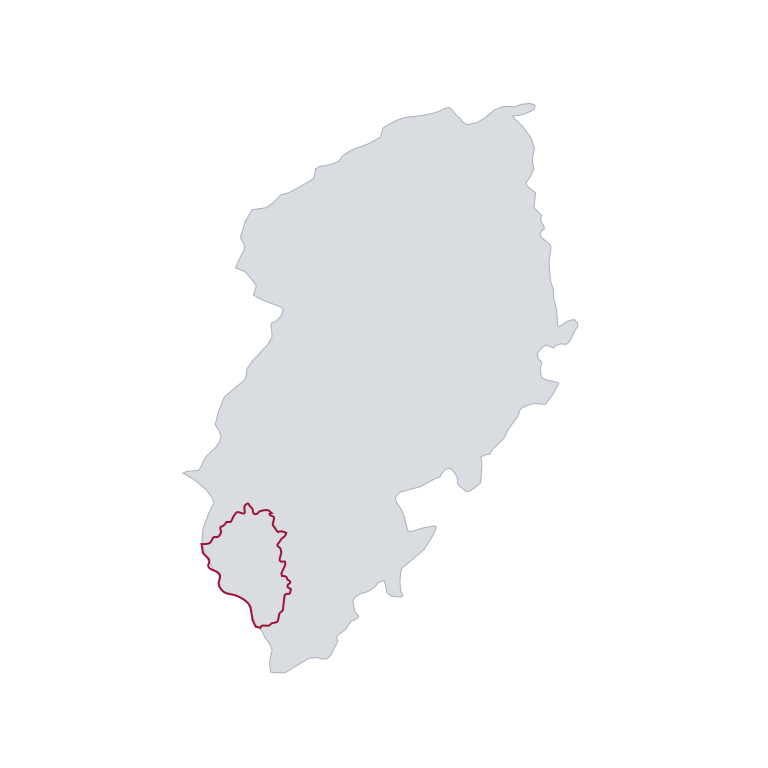 where Zlínský sits in Czechia, rotated 103°
{"feature_id": "CZE-10371", "entity_name": "Zlínský", "entity_type": "Region", "adm_level": 1, "iso_a3": "CZE", "parent_name": "Czechia", "parent_adm1": "", "projection": "albers", "projection_center": [17.624, 49.185], "detail": "fine", "context": "in_parent", "style": "outline", "palette": "rose", "viewbox_px": 768, "rotation_deg": 103, "n_neighbors": 0, "source": "natural_earth", "source_scale": "10m", "svg_char_len": 5518}
<svg xmlns="http://www.w3.org/2000/svg" viewBox="0 0 768 768"><g transform="rotate(103 384 384)"><path d="M690.2,430.0L687.9,430.3L682.6,432.5L675.9,433.4L668.5,433.1L662.9,437.0L657.5,443.2L652.0,447.5L649.1,451.4L647.4,455.3L628.7,466.7L626.1,471.4L624.0,477.7L623.2,486.3L621.9,494.0L618.6,498.1L608.4,501.6L605.9,503.5L604.0,507.4L598.2,513.4L591.5,519.2L579.1,525.8L565.8,527.8L548.4,525.6L538.3,522.9L533.4,525.7L526.6,534.2L519.2,548.9L516.1,559.9L513.8,556.8L509.7,545.0L505.0,543.5L498.6,542.3L493.8,540.5L483.4,533.6L478.1,531.5L471.9,530.9L466.0,534.8L461.5,539.4L447.6,539.1L432.5,536.6L411.2,520.6L405.6,520.3L399.6,520.9L390.3,516.9L372.2,506.4L363.7,503.7L358.3,505.0L353.3,507.1L349.7,507.2L347.8,503.9L341.2,499.6L334.4,498.9L332.3,501.3L329.2,523.4L326.6,531.3L317.2,530.5L313.7,534.2L305.9,544.6L304.1,554.8L291.3,552.3L285.2,550.4L279.8,551.4L273.6,556.9L257.0,555.8L243.9,551.8L238.9,538.8L233.1,533.5L225.8,528.6L223.2,527.4L219.3,520.3L211.8,511.3L199.7,498.9L189.7,498.9L186.2,495.6L184.8,491.2L181.1,483.5L176.8,478.0L171.2,475.7L163.5,468.6L153.6,453.5L144.3,443.0L134.8,442.5L129.1,436.9L123.4,429.7L119.3,422.8L113.4,406.3L108.9,396.7L105.3,390.8L101.2,385.8L99.8,381.9L105.9,373.7L108.1,369.6L110.7,366.5L112.3,363.2L112.4,360.6L108.0,351.8L101.8,345.3L92.4,338.4L86.8,330.1L85.0,322.8L84.6,318.9L80.7,313.2L77.8,305.2L78.2,300.5L79.1,299.2L82.3,299.5L85.7,302.9L90.4,309.5L93.9,318.7L96.7,315.5L102.2,306.3L111.4,296.0L120.5,290.4L128.4,290.4L134.9,289.2L140.4,286.4L149.6,288.2L156.1,290.9L158.4,289.6L161.5,284.2L163.5,279.4L178.5,277.5L184.2,268.4L187.0,268.6L190.4,267.4L193.7,264.0L196.8,262.7L199.1,264.6L202.2,266.0L205.6,263.9L211.0,253.4L213.8,251.9L226.9,250.9L244.9,245.5L254.1,240.2L263.0,237.6L272.7,232.6L287.9,227.9L288.7,225.8L282.0,220.0L279.8,216.5L278.4,212.9L281.0,209.1L284.3,208.1L288.5,209.9L300.9,212.7L304.2,215.1L305.2,220.7L308.2,226.0L310.7,226.6L309.5,235.0L313.4,238.4L319.1,241.1L323.0,240.8L325.9,237.5L327.0,235.1L334.8,235.1L342.7,231.8L343.5,226.1L343.4,215.3L344.3,213.7L356.0,217.2L367.7,222.4L369.0,233.2L372.0,238.5L375.6,243.5L379.1,245.8L385.3,246.3L401.3,253.1L409.0,254.6L416.9,259.2L423.5,263.9L428.4,264.9L430.5,269.9L433.5,273.3L438.9,270.8L458.3,267.6L465.2,272.5L469.9,277.8L470.5,279.4L468.0,283.9L466.7,287.4L464.7,289.7L457.9,292.0L454.1,296.0L451.3,300.3L453.0,304.6L458.4,307.8L462.3,308.6L463.7,311.7L475.9,325.6L485.6,343.7L489.4,346.5L493.0,347.2L497.3,344.6L502.2,338.9L508.0,334.7L512.8,332.6L521.4,327.8L521.8,324.5L514.8,312.3L510.8,302.5L511.8,300.7L520.8,302.3L536.3,307.8L560.0,325.4L564.3,325.4L572.7,324.1L581.7,321.3L586.1,318.0L587.7,319.2L589.1,328.9L586.7,334.1L575.8,339.3L576.5,341.8L579.2,345.1L584.2,347.3L590.1,353.5L594.3,360.6L597.9,363.9L601.8,365.5L611.8,361.6L614.6,358.6L615.8,356.5L617.7,356.9L621.2,360.4L622.3,362.5L632.0,366.4L637.6,371.2L641.2,373.5L645.1,371.2L660.4,374.9L664.7,378.1L666.1,383.6L665.4,386.8L667.9,395.3L687.6,415.5L689.9,425.9L690.2,430.0Z" fill="#d9dde1" stroke="#a8b0b8" stroke-width="1"/><path d="M647.1,456.2L643.7,458.9L631.3,463.9L628.6,466.5L626.4,470.1L624.7,474.5L623.6,479.1L623.3,482.9L623.3,483.8L623.4,490.1L622.8,493.2L620.9,496.5L618.2,499.1L615.1,500.5L610.1,500.2L607.9,500.5L605.9,501.8L604.7,504.3L604.2,506.4L603.4,510.8L602.7,512.7L601.0,514.4L599.2,514.5L597.2,514.2L595.0,514.6L593.5,515.8L590.2,521.4L588.6,522.8L581.0,525.8L580.3,522.6L579.4,520.1L578.8,518.9L578.1,518.0L577.2,517.4L572.2,515.9L571.6,515.5L571.3,514.8L571.0,513.4L570.5,512.0L569.9,511.0L569.6,510.7L567.4,509.8L564.7,509.4L561.7,511.0L561.0,511.2L560.3,511.1L559.7,510.7L558.7,509.2L557.1,507.8L553.8,506.4L553.5,504.4L553.0,502.9L552.7,502.3L552.2,502.0L546.5,500.8L542.6,499.0L542.1,498.5L541.8,498.0L541.6,497.2L541.9,492.8L541.8,491.9L541.6,491.2L541.0,490.8L540.3,490.8L535.8,492.3L534.2,492.3L532.5,491.5L531.8,491.0L531.3,490.3L531.1,489.7L531.3,489.0L532.7,487.7L535.1,484.3L535.6,483.9L538.1,482.9L539.3,482.1L539.6,481.6L539.8,480.9L539.8,480.0L539.5,479.3L539.2,478.7L538.8,478.3L536.4,476.8L535.2,475.2L534.0,472.5L533.2,469.8L533.1,468.6L533.3,467.6L534.9,464.9L535.0,464.6L535.1,464.8L535.5,465.6L535.8,465.9L536.1,466.2L536.5,466.2L537.0,466.1L537.4,465.6L537.6,464.9L538.0,462.3L538.3,461.6L538.7,461.1L539.4,460.9L545.4,460.8L545.8,460.9L546.1,460.8L546.5,460.6L546.8,460.3L547.2,459.6L547.7,459.0L550.9,455.9L551.2,455.5L552.1,453.8L551.3,452.8L550.5,450.4L550.7,448.0L551.1,445.7L552.8,445.9L553.4,446.0L554.8,446.5L557.1,448.5L559.0,449.6L559.8,449.7L563.8,451.5L564.7,451.7L565.3,451.5L565.9,451.0L566.3,450.3L566.7,449.3L567.2,448.5L567.6,448.0L568.0,447.6L569.3,447.0L570.8,446.3L571.6,446.1L578.1,446.3L578.8,446.2L579.3,445.9L579.8,445.5L580.0,445.1L580.2,444.5L580.2,443.9L580.0,443.0L579.4,441.5L579.3,441.0L579.4,440.6L579.8,440.3L580.9,439.8L581.9,439.7L583.4,439.7L591.5,441.4L593.9,440.3L593.7,438.7L593.6,437.3L593.7,436.7L593.9,436.0L594.2,435.5L594.5,435.2L595.7,434.6L596.1,434.2L596.4,433.7L597.0,431.9L597.4,431.3L597.8,430.9L598.3,430.7L598.8,430.7L599.2,430.9L599.7,431.2L600.6,432.2L601.1,432.5L602.2,432.6L603.6,432.3L604.9,428.5L609.0,428.6L609.4,428.8L609.7,429.2L610.0,429.8L610.3,431.5L610.7,432.2L611.2,432.8L611.9,433.1L612.6,433.3L627.0,431.7L627.9,432.1L630.6,434.0L631.3,434.3L638.3,434.1L639.9,434.7L640.3,435.2L642.3,439.3L642.9,440.0L644.5,441.0L645.1,441.7L645.5,442.4L645.8,443.4L646.5,447.4L646.9,448.2L647.3,448.8L647.8,449.2L648.4,449.4L649.4,449.5L649.3,454.5L647.1,456.2Z" fill="none" stroke="#9f1239" stroke-width="2"/></g></svg>